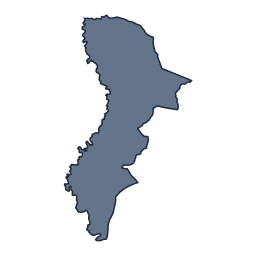 San Marcial Ozolotepec, Oaxaca, Mexico (orthographic projection)
{"feature_id": "50627088B61246931399510", "entity_name": "San Marcial Ozolotepec", "entity_type": "district", "adm_level": 2, "iso_a3": "MEX", "parent_name": "Mexico", "parent_adm1": "Oaxaca", "projection": "orthographic", "projection_center": [-96.411, 16.032], "detail": "fine", "context": "isolated", "style": "filled", "palette": "slate", "viewbox_px": 256, "rotation_deg": 0, "n_neighbors": 0, "source": "geoboundaries", "source_scale": "gbopen_adm2", "svg_char_len": 5656}
<svg xmlns="http://www.w3.org/2000/svg" viewBox="0 0 256 256"><path d="M84.6,18.4L85.1,20.0L83.8,22.2L83.1,23.0L83.1,23.4L83.6,24.1L85.2,24.3L84.9,25.2L84.3,26.1L82.9,26.5L82.4,27.0L82.3,27.9L82.3,29.1L83.0,29.5L83.9,29.7L85.0,30.2L85.3,31.2L84.9,32.3L83.2,34.1L82.8,35.0L83.0,36.0L83.4,36.6L84.7,37.4L84.8,38.3L84.6,39.2L83.5,40.0L83.2,40.6L83.1,42.2L83.9,42.6L84.4,41.8L85.4,41.6L86.8,41.8L86.8,42.8L86.1,44.1L85.4,45.0L84.7,45.6L84.7,46.2L85.4,46.9L85.8,47.6L85.9,48.7L85.5,50.4L86.3,52.1L86.5,52.9L87.2,53.9L87.9,54.7L88.9,55.2L89.4,56.1L89.7,57.3L89.4,58.5L88.1,58.9L86.8,60.3L86.9,61.1L87.3,61.8L87.7,63.4L88.7,63.0L89.7,61.5L91.5,60.2L91.7,61.1L93.2,61.5L94.0,62.3L96.4,64.0L97.0,65.1L97.4,66.2L97.5,67.3L97.2,68.1L96.6,68.4L96.1,70.6L96.2,71.8L96.9,72.6L98.0,73.1L99.2,74.0L100.2,75.1L99.7,76.0L99.5,76.8L99.3,77.2L99.2,79.4L99.5,80.3L100.9,82.0L100.5,83.3L101.0,83.7L102.1,84.4L103.2,84.6L104.1,85.1L105.2,85.3L105.8,85.5L107.2,86.7L106.1,87.5L105.7,88.6L106.4,89.2L108.2,89.2L109.7,89.3L109.4,91.1L110.3,92.1L110.4,92.8L110.1,93.8L109.8,94.1L107.9,94.4L107.1,94.0L106.1,94.7L105.9,95.4L106.9,95.9L106.9,97.7L106.8,99.2L108.7,100.2L107.8,103.5L107.2,104.1L106.5,105.8L107.7,106.4L107.1,107.8L106.9,109.2L108.3,109.9L108.5,111.1L107.2,112.3L104.5,114.2L104.8,115.0L105.4,115.8L104.5,116.6L104.4,119.2L102.7,119.3L102.3,119.6L102.1,120.8L101.9,125.0L100.9,125.4L100.6,126.2L99.7,126.6L99.3,127.2L99.0,128.3L98.7,128.7L99.2,129.8L98.7,130.4L98.9,131.5L98.6,132.5L98.3,133.0L97.5,132.9L95.3,133.0L94.0,133.9L93.3,133.9L92.4,134.4L92.0,135.2L92.3,135.9L91.9,136.8L91.1,137.3L90.2,138.3L90.0,138.9L90.0,139.5L91.2,141.9L92.2,143.0L92.6,143.9L92.7,144.6L92.1,145.1L91.2,144.6L90.6,144.6L90.1,145.3L89.2,143.7L88.6,143.3L87.5,141.5L86.6,141.5L86.0,142.2L86.2,143.2L87.2,145.1L87.7,147.0L87.3,148.1L86.5,148.3L85.0,148.3L84.3,148.9L86.6,150.8L86.2,151.1L84.4,151.0L83.9,150.1L83.1,149.7L82.0,149.8L80.6,147.6L79.8,146.8L79.0,147.0L78.4,147.5L77.9,148.1L77.9,148.6L78.5,149.1L79.0,149.7L79.2,150.3L79.1,151.2L79.3,152.3L79.8,152.7L80.9,152.6L81.7,152.4L82.4,153.3L82.6,154.1L82.2,155.4L81.4,156.9L80.4,156.5L79.2,156.7L78.9,157.5L79.3,158.9L78.3,159.5L77.7,160.1L77.7,160.9L78.0,161.9L78.0,164.2L77.7,164.8L75.6,164.9L73.5,164.8L72.2,164.4L71.5,164.5L71.3,165.3L70.7,165.9L69.8,166.9L70.8,167.9L71.0,168.7L70.9,169.7L69.4,171.1L70.6,172.7L71.2,173.7L70.7,174.5L69.2,175.0L68.8,174.4L68.2,174.1L67.6,174.1L67.0,174.4L67.0,174.9L68.3,176.4L68.4,177.0L67.8,177.3L66.8,176.8L66.3,176.9L66.0,177.7L66.2,178.2L67.0,178.9L67.5,179.6L67.7,180.5L68.0,181.0L68.5,182.6L68.5,183.6L67.3,183.9L66.3,184.0L64.7,184.0L64.5,184.7L65.2,185.9L65.4,186.8L65.7,187.6L65.7,189.2L66.4,190.1L67.9,191.0L68.7,191.1L69.3,190.9L69.4,190.0L69.1,188.2L69.3,187.2L69.6,186.3L70.5,186.3L70.9,186.7L71.0,188.8L71.2,190.0L72.4,191.2L72.7,192.3L72.5,192.7L72.1,193.1L72.5,195.3L73.4,195.5L75.1,194.8L76.3,195.5L76.7,196.9L76.8,197.7L76.5,198.9L76.5,200.1L77.5,202.3L77.3,203.2L76.9,204.2L76.0,206.8L75.8,208.1L77.3,209.9L77.9,211.4L79.2,212.2L80.5,212.4L82.4,212.0L83.0,212.0L83.9,211.7L84.6,211.4L85.8,210.5L86.5,210.5L87.4,211.2L88.2,213.7L88.8,214.5L89.0,215.7L88.8,216.4L88.7,218.5L89.1,220.0L90.0,222.5L89.9,224.2L89.4,224.8L88.3,224.8L87.8,225.2L87.9,226.5L87.6,227.7L87.0,228.5L86.9,229.5L87.2,230.2L87.9,230.5L89.1,230.8L89.0,232.2L91.5,234.6L92.3,235.0L93.5,235.4L94.9,235.0L97.8,233.9L99.6,233.8L100.2,234.1L100.5,234.4L100.8,235.0L100.3,235.9L99.1,236.4L98.1,236.8L96.1,238.9L95.8,239.4L95.8,239.9L96.8,240.6L99.3,240.6L100.7,240.6L103.5,239.4L104.4,239.2L106.2,239.1L106.3,238.5L107.2,237.2L107.2,235.2L107.4,235.0L107.6,234.2L107.7,231.7L108.1,229.4L108.0,227.6L108.2,224.5L109.0,221.3L109.7,219.3L110.7,217.8L113.3,212.5L113.8,209.2L114.9,204.8L115.7,200.2L115.5,196.8L117.5,194.9L119.3,192.6L124.3,188.7L127.4,186.9L130.3,185.4L134.0,183.8L137.7,182.6L135.8,179.9L131.2,175.4L127.3,168.8L124.9,168.7L122.0,167.8L122.0,167.2L123.1,165.6L124.4,165.0L128.4,165.2L129.1,164.9L131.3,164.5L131.8,164.3L132.5,163.8L133.7,162.7L134.3,161.6L134.8,160.5L134.9,159.3L135.9,157.0L135.9,155.8L136.4,154.8L139.1,154.5L139.9,154.2L140.5,153.8L140.8,153.2L141.1,151.6L141.6,151.2L142.5,150.1L144.0,148.8L146.2,148.3L146.6,147.7L146.6,146.8L146.4,145.8L147.0,145.2L147.4,144.2L147.8,142.7L148.3,139.5L148.1,137.2L147.6,136.6L146.9,136.4L145.4,136.6L144.2,136.1L142.3,134.6L141.1,133.5L139.9,131.5L137.7,128.6L137.9,128.1L138.8,127.8L142.1,125.6L143.3,123.8L144.4,123.1L146.6,122.3L148.4,120.3L149.1,120.1L150.1,118.2L150.6,117.6L150.9,117.0L152.7,114.5L152.9,113.9L153.0,112.5L153.2,110.4L153.2,108.5L157.0,105.9L165.0,107.7L177.4,109.7L178.2,107.9L178.0,106.6L178.2,105.4L176.9,101.2L177.0,100.2L177.3,99.6L176.9,98.3L176.1,97.7L175.7,96.8L175.9,95.7L175.5,94.1L175.7,92.8L176.3,92.0L177.3,91.3L177.5,90.3L179.2,89.2L179.7,88.6L179.8,87.3L180.3,85.7L181.3,84.5L182.3,84.0L183.5,83.8L184.0,84.1L185.1,83.9L186.2,83.3L186.6,82.9L187.1,82.0L188.1,81.8L190.0,82.3L191.5,80.5L161.9,68.5L157.4,56.3L157.8,55.0L157.6,54.4L156.3,52.9L155.4,52.0L154.5,50.8L154.5,49.7L153.3,44.4L153.2,42.7L153.1,39.7L153.5,38.4L153.4,37.5L153.0,37.1L150.3,36.3L149.0,35.4L147.9,35.0L146.8,34.1L145.6,33.0L144.4,30.7L142.0,27.8L140.4,25.6L139.5,25.1L138.2,24.8L136.3,24.0L134.9,23.1L133.8,22.7L132.9,22.1L129.9,21.6L127.9,20.9L126.2,19.8L121.7,18.4L120.8,18.2L118.6,17.4L117.0,17.1L112.4,18.1L110.5,18.2L108.4,17.5L108.0,17.1L107.4,16.0L107.0,15.5L106.2,15.4L105.4,15.8L105.1,16.2L104.5,16.8L103.7,17.0L102.5,16.5L101.5,17.0L101.3,18.1L100.8,19.0L97.8,18.5L96.4,18.4L95.5,19.4L94.5,19.5L91.5,18.3L90.2,18.5L89.2,18.9L88.4,18.4L87.5,18.2L84.8,18.5L84.6,18.4Z" fill="#64748b" stroke="#1e293b" stroke-width="1.5"/></svg>